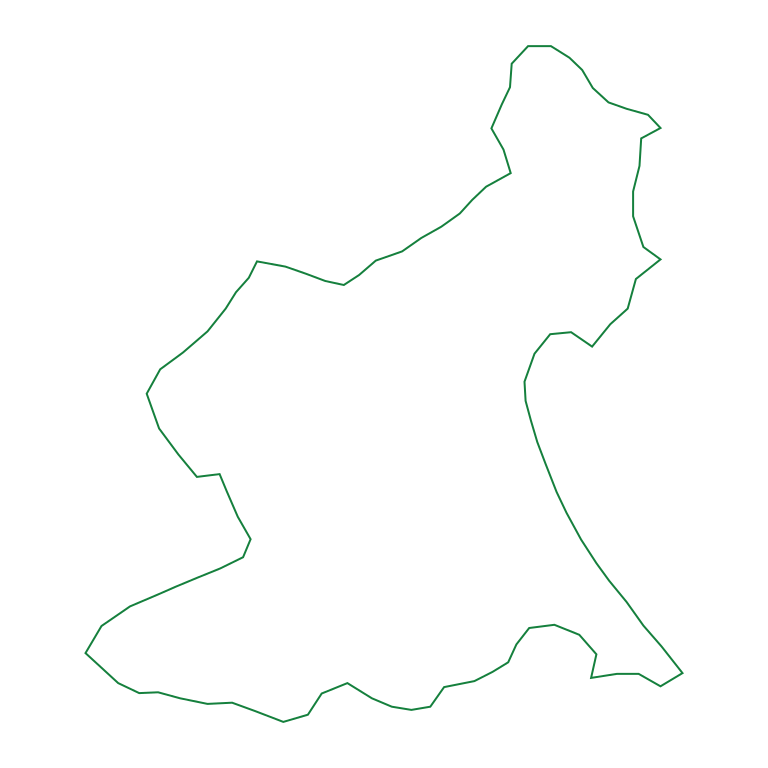 outline of Itapema, Santa Catarina, Brazil
{"feature_id": "56859067B84444933565418", "entity_name": "Itapema", "entity_type": "district", "adm_level": 2, "iso_a3": "BRA", "parent_name": "Brazil", "parent_adm1": "Santa Catarina", "projection": "mercator", "projection_center": [-48.63, -27.1], "detail": "fine", "context": "isolated", "style": "outline", "palette": "green", "viewbox_px": 768, "rotation_deg": 0, "n_neighbors": 0, "source": "geoboundaries", "source_scale": "gbopen_adm2", "svg_char_len": 1390}
<svg xmlns="http://www.w3.org/2000/svg" viewBox="0 0 768 768"><path d="M528.1,46.1L511.7,63.7L510.0,87.2L501.8,104.4L491.4,128.4L503.5,149.6L510.7,173.1L486.1,186.7L472.2,199.9L459.8,213.5L441.3,226.7L421.4,237.9L402.1,251.4L375.8,260.6L359.1,275.0L343.8,285.0L325.3,281.0L306.1,273.8L285.4,266.6L257.0,261.4L248.8,277.8L236.0,292.2L225.7,308.6L207.5,331.4L183.0,352.5L160.2,369.3L146.7,393.7L159.1,428.5L178.4,454.5L196.9,476.9L219.6,474.1L226.7,491.2L237.8,516.8L250.6,539.2L243.1,557.2L220.3,568.4L197.6,577.6L175.5,586.8L159.1,594.0L130.0,606.4L101.5,626.0L85.5,653.1L118.2,683.1L139.2,693.1L158.1,692.3L180.1,698.3L207.5,703.9L232.1,702.7L255.2,711.1L283.3,721.9L307.9,714.7L321.7,693.5L347.4,683.1L371.9,698.3L391.8,706.7L411.4,709.9L430.3,706.7L444.1,687.1L474.4,681.1L492.5,671.9L508.2,662.3L516.4,644.4L529.2,628.0L554.4,624.8L579.3,634.8L596.4,654.3L591.1,677.9L616.7,673.9L638.7,673.9L660.5,686.3L682.5,673.1L661.5,646.4L643.4,625.6L626.6,602.0L609.2,580.8L596.4,563.2L581.1,539.6L566.5,512.8L556.6,492.0L545.5,463.7L537.3,442.1L530.9,420.5L525.6,400.9L524.5,381.7L534.5,353.7L550.2,334.2L571.1,332.2L592.1,346.6L610.3,324.2L627.7,308.6L635.9,279.0L660.5,259.4L643.4,247.0L633.1,216.3L633.1,191.5L639.5,165.9L641.2,138.4L660.5,128.0L648.0,114.8L626.6,108.8L608.5,102.4L592.8,88.0L582.2,70.0L569.4,57.7L550.9,46.1L528.1,46.1Z" fill="none" stroke="#15803d" stroke-width="2"/></svg>